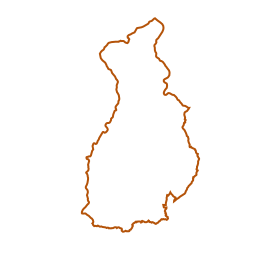 outline of El Peñol, Nariño, Colombia, rotated 347°
{"feature_id": "7082276B8054790353271", "entity_name": "El Peñol", "entity_type": "district", "adm_level": 2, "iso_a3": "COL", "parent_name": "Colombia", "parent_adm1": "Nariño", "projection": "albers", "projection_center": [-77.43, 1.524], "detail": "fine", "context": "isolated", "style": "outline", "palette": "amber", "viewbox_px": 256, "rotation_deg": 347, "n_neighbors": 0, "source": "geoboundaries", "source_scale": "gbopen_adm2", "svg_char_len": 5904}
<svg xmlns="http://www.w3.org/2000/svg" viewBox="0 0 256 256"><g transform="rotate(347 128 128)"><path d="M192.1,122.2L191.4,122.1L189.8,120.3L188.6,119.3L186.7,118.6L186.3,118.1L185.7,116.4L184.5,114.3L184.1,113.0L183.8,112.4L182.9,111.8L182.6,111.3L182.4,110.0L181.7,108.4L180.2,106.2L178.7,105.6L176.6,103.6L175.5,103.1L174.9,103.1L172.8,104.2L172.3,104.2L171.8,104.1L171.1,103.7L170.7,102.7L170.8,101.8L171.5,100.5L172.8,99.1L174.8,97.6L175.6,95.6L175.8,94.2L175.7,93.4L174.1,91.9L173.5,91.0L173.4,90.4L173.7,89.3L174.6,88.7L178.0,87.8L178.6,87.4L180.1,86.0L180.9,83.6L181.0,82.5L180.9,81.2L179.4,77.9L179.1,77.0L178.3,75.6L178.2,74.6L176.9,71.6L175.7,70.3L174.9,70.0L174.3,69.5L173.8,67.5L171.8,65.4L171.5,64.6L171.7,63.6L172.3,61.9L172.3,61.1L171.8,59.9L171.7,58.2L172.2,55.7L172.1,54.1L172.4,53.3L172.7,52.9L173.7,52.3L174.6,51.4L175.0,50.7L174.9,50.0L175.4,48.6L176.6,47.8L177.5,47.4L183.2,41.9L184.5,40.0L185.1,38.5L185.3,36.5L184.8,34.6L183.3,32.5L180.9,29.8L179.2,27.5L179.0,27.2L178.2,27.3L175.2,29.0L173.0,29.2L172.4,29.5L171.5,30.7L171.0,31.0L165.8,32.6L163.8,32.9L159.4,32.7L159.0,32.9L155.9,36.3L153.2,36.8L151.5,37.4L150.3,37.5L149.5,37.7L148.4,38.4L148.1,39.1L148.1,40.0L148.5,40.2L149.2,41.7L149.1,42.0L148.5,42.6L148.4,43.0L147.8,44.2L146.8,45.0L146.5,45.1L146.3,44.9L145.5,44.7L144.4,43.8L143.8,42.8L143.0,42.2L141.2,41.8L140.4,41.3L139.9,41.4L139.4,41.7L138.5,41.6L138.2,41.8L135.0,41.1L131.2,40.6L128.5,40.7L127.3,41.3L126.6,42.2L124.3,43.7L123.3,44.1L122.5,45.5L121.6,46.3L120.2,46.8L118.8,47.7L117.3,49.3L117.2,53.4L117.3,54.1L118.3,56.3L120.5,59.2L121.1,61.5L121.2,62.9L121.8,64.4L122.1,65.9L122.5,66.3L124.0,67.3L124.5,67.8L124.9,70.9L126.9,74.8L127.5,77.8L128.0,78.4L128.6,80.3L128.4,81.2L126.6,83.8L126.2,86.1L125.6,87.2L125.3,88.0L125.4,90.9L125.8,91.6L126.4,93.9L126.2,96.9L126.0,97.9L125.6,98.7L124.7,99.7L124.6,100.3L124.0,101.9L122.8,102.7L121.0,104.2L120.7,104.6L120.4,105.6L120.6,106.5L120.6,107.8L120.2,108.1L119.0,108.2L118.7,108.5L116.7,111.5L115.7,113.9L115.1,114.4L114.4,114.6L114.0,114.9L113.6,115.2L113.3,116.4L112.3,117.7L111.5,118.5L110.4,118.8L109.1,118.5L108.2,118.6L107.4,119.2L106.8,119.9L106.6,120.4L106.6,121.1L107.7,123.3L107.9,124.0L107.9,125.0L107.5,125.7L106.3,126.7L105.2,127.3L104.1,127.3L103.2,126.4L102.6,126.3L102.3,126.5L97.6,131.4L97.0,132.5L95.5,133.9L94.7,135.3L93.8,136.2L93.0,136.3L91.8,135.3L91.4,135.2L90.8,135.5L89.4,137.6L89.3,141.0L87.9,142.3L85.7,146.4L84.9,147.1L83.6,146.9L83.0,146.9L82.7,147.1L81.5,147.0L81.1,147.1L80.9,147.4L80.8,148.0L80.9,148.7L81.2,149.1L82.3,149.6L82.6,150.3L82.7,151.4L80.8,154.9L80.8,156.4L80.5,157.1L80.5,158.6L80.0,160.0L79.7,160.4L78.9,161.0L77.3,161.9L77.3,162.7L77.8,163.4L78.0,165.1L77.8,166.5L77.9,167.5L77.5,169.1L76.1,172.5L75.0,174.2L73.8,175.6L73.5,176.4L73.5,177.1L74.5,179.3L74.6,180.5L74.3,182.0L72.9,184.2L73.1,187.8L72.7,188.8L72.7,189.5L72.8,190.3L73.2,190.9L73.2,191.8L72.6,192.7L71.2,193.5L68.6,195.6L67.1,196.4L65.6,197.5L64.3,199.2L63.9,200.5L64.0,200.9L65.0,201.3L67.0,201.6L67.5,201.9L68.7,203.5L70.0,204.7L71.6,207.3L72.4,208.1L73.1,209.7L73.1,211.6L72.9,212.0L71.8,213.0L72.2,213.5L72.2,214.7L73.0,216.0L73.8,215.9L75.7,216.7L76.5,216.3L76.8,216.4L78.2,217.7L78.8,217.9L79.8,217.9L80.9,218.7L83.8,219.8L84.7,220.6L85.6,220.5L86.0,220.6L86.6,220.9L86.9,221.5L87.6,221.5L88.9,222.0L89.7,221.9L90.8,222.2L92.4,221.8L93.1,221.8L94.1,222.1L94.6,223.0L95.6,222.6L96.3,222.6L97.1,223.0L97.6,223.7L98.3,224.0L99.2,224.6L99.3,225.3L98.9,226.0L98.8,226.7L99.7,227.9L100.2,228.0L101.9,227.9L102.5,227.6L103.8,228.5L104.5,228.5L105.5,228.8L106.1,228.7L106.6,227.8L107.9,227.6L109.0,226.5L109.6,226.1L110.0,225.2L110.7,224.5L110.7,224.2L110.3,223.4L110.4,223.1L111.0,222.8L112.0,222.0L112.6,222.0L113.4,221.6L114.1,221.6L114.3,221.1L114.5,221.0L115.0,221.1L115.3,221.7L116.2,221.3L118.0,221.6L119.5,222.4L119.5,223.0L120.2,222.9L120.3,221.9L120.9,221.7L121.5,222.2L122.3,222.6L123.1,223.5L124.7,223.9L125.9,223.7L127.2,222.8L127.6,223.3L127.5,224.0L127.8,224.4L128.4,224.7L129.0,224.7L129.7,225.5L130.3,225.3L130.9,225.3L131.5,226.0L132.5,226.6L132.9,227.3L133.3,227.6L134.1,227.6L135.0,227.1L136.2,226.9L137.1,226.0L138.1,225.8L140.1,224.4L141.2,224.9L141.8,224.6L143.2,225.3L144.1,225.3L145.1,226.2L145.8,225.9L146.6,225.2L146.6,224.2L146.4,224.0L146.6,223.6L145.9,223.0L145.6,222.3L145.2,222.2L145.0,221.8L145.3,221.1L145.8,220.6L145.6,219.6L145.2,219.5L145.2,219.2L145.6,218.7L145.2,217.2L145.9,216.1L147.3,215.1L147.6,214.1L146.2,213.9L145.1,213.4L145.0,212.7L145.4,211.8L145.1,211.5L145.1,210.9L147.5,211.6L148.0,209.6L149.7,206.3L149.9,204.8L150.7,203.2L150.9,202.3L151.1,202.1L152.0,202.9L154.0,201.3L154.8,200.2L155.3,201.9L156.2,203.2L156.6,204.4L157.3,205.3L158.7,206.5L158.6,207.2L157.3,208.2L156.6,209.2L156.4,209.8L157.9,209.1L159.3,208.3L161.7,207.5L162.6,206.9L165.1,205.9L166.0,205.7L167.0,205.2L168.2,204.9L169.3,204.0L170.1,202.6L171.5,201.2L172.3,199.7L173.3,199.1L174.2,198.0L175.0,197.7L175.7,197.1L176.1,197.0L176.5,196.6L177.4,196.2L178.0,195.0L179.6,193.7L179.8,193.3L179.8,192.7L180.2,192.1L180.0,191.7L180.6,190.5L181.2,190.6L182.4,189.8L184.0,189.2L184.3,188.6L184.3,188.0L184.7,186.8L185.5,185.8L186.2,185.3L186.4,185.0L185.6,184.2L185.5,183.5L186.2,182.6L186.6,181.0L187.2,180.4L188.4,178.1L188.8,176.3L190.3,174.2L190.4,173.6L189.8,172.5L189.8,171.6L189.4,171.0L189.5,170.3L190.1,169.3L190.2,169.0L189.4,168.6L188.8,167.3L188.9,165.1L188.8,164.8L188.5,164.7L188.5,163.8L187.2,162.7L185.9,161.8L185.2,160.5L184.3,160.8L183.9,160.5L183.9,159.4L184.4,158.1L183.9,155.6L183.9,153.7L184.5,152.3L184.4,150.0L183.5,148.9L183.6,147.9L183.3,145.7L182.6,142.8L181.4,140.7L181.2,139.7L181.3,139.3L182.9,137.7L183.7,135.7L184.5,135.4L184.6,135.6L185.1,135.2L185.0,134.2L186.0,133.2L185.9,132.8L185.3,132.3L186.0,130.6L185.8,128.2L185.9,127.4L186.6,125.8L187.4,125.2L189.1,124.8L189.6,124.5L191.6,122.8L192.1,122.2Z" fill="none" stroke="#b45309" stroke-width="2"/></g></svg>